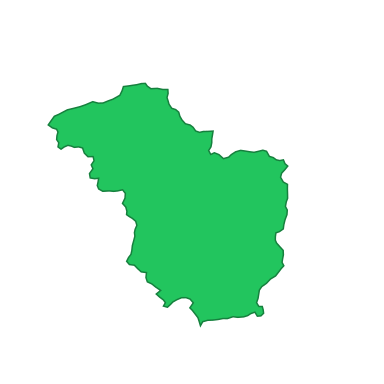 outline of Guarani, Minas Gerais, Brazil, rotated 235°
{"feature_id": "56859067B35228269434270", "entity_name": "Guarani", "entity_type": "district", "adm_level": 2, "iso_a3": "BRA", "parent_name": "Brazil", "parent_adm1": "Minas Gerais", "projection": "robinson", "projection_center": [-43.054, -21.365], "detail": "fine", "context": "isolated", "style": "filled", "palette": "green", "viewbox_px": 384, "rotation_deg": 235, "n_neighbors": 0, "source": "geoboundaries", "source_scale": "gbopen_adm2", "svg_char_len": 2589}
<svg xmlns="http://www.w3.org/2000/svg" viewBox="0 0 384 384"><g transform="rotate(235 192 192)"><path d="M329.4,112.7L324.6,114.4L321.1,117.1L318.0,116.6L315.6,113.7L312.6,111.2L308.8,111.1L305.8,108.1L302.2,109.3L302.2,113.2L301.4,117.1L298.8,119.5L296.1,121.2L294.0,125.0L290.8,127.6L285.6,126.1L280.6,127.0L277.7,131.3L273.8,129.7L272.0,125.0L267.9,124.2L265.9,118.6L261.9,116.7L258.7,119.9L256.8,123.4L254.0,120.7L251.6,118.1L248.0,117.3L243.8,119.3L240.4,124.8L237.5,128.2L235.6,131.6L233.6,136.4L229.1,136.6L225.4,133.6L222.5,128.5L217.6,129.1L213.5,127.6L211.0,125.4L207.7,126.6L204.6,128.0L200.3,129.1L196.3,127.7L194.1,124.1L191.7,121.5L188.6,119.9L185.6,116.4L182.3,112.4L178.5,109.1L175.9,106.2L174.8,102.6L172.7,98.7L168.5,99.1L165.1,102.8L160.1,103.6L155.7,104.6L152.1,108.5L148.3,105.2L144.0,103.9L139.9,106.3L134.5,107.9L129.4,109.9L128.9,104.2L124.5,105.2L119.9,106.7L116.6,106.7L114.9,103.2L111.7,105.8L112.2,109.7L112.9,113.2L112.5,117.7L111.4,122.8L108.8,126.6L105.4,129.0L100.5,129.5L98.3,123.8L94.9,124.4L90.5,124.6L85.7,124.8L81.7,123.6L77.6,122.2L79.6,126.4L77.9,131.3L75.0,135.8L72.5,140.5L70.6,144.8L68.0,148.4L66.3,154.1L63.1,157.6L60.1,162.7L58.8,166.7L58.7,170.3L57.5,174.6L52.8,174.3L51.0,177.4L51.6,181.1L54.6,182.7L57.9,183.9L59.9,181.1L64.3,181.4L67.0,185.1L69.9,187.9L73.0,190.9L74.5,194.9L74.5,200.6L75.7,206.3L75.3,212.3L76.9,217.5L78.1,221.2L78.9,224.9L82.7,225.4L85.4,228.0L88.1,230.8L91.9,233.2L97.3,232.5L101.6,232.0L104.7,232.6L107.5,234.6L110.4,237.3L109.4,240.9L109.4,245.6L112.6,248.5L116.0,252.4L119.0,256.8L122.6,259.7L126.5,260.2L129.9,263.6L132.0,266.7L135.4,269.0L139.8,271.9L143.5,274.6L147.8,272.5L153.3,273.0L156.0,276.2L157.1,281.1L158.3,285.3L161.9,284.4L165.9,285.3L167.4,281.9L170.0,279.5L173.6,278.3L176.8,275.8L182.6,276.4L185.6,274.0L187.0,270.3L188.9,265.6L191.6,262.6L195.2,258.9L198.2,255.7L199.9,250.8L200.1,245.6L199.5,242.0L201.3,236.9L207.2,235.5L211.3,232.8L212.0,228.9L216.4,229.4L218.1,233.4L221.1,236.5L224.2,238.7L226.9,241.4L229.8,244.2L232.5,239.8L235.1,235.9L236.5,232.4L239.9,230.0L244.4,230.0L247.9,228.9L251.7,225.7L256.8,225.1L261.0,225.5L265.0,226.9L268.9,225.9L272.2,223.4L277.1,223.5L280.2,224.6L283.7,225.7L286.4,228.9L289.8,231.0L292.9,226.7L296.8,223.0L300.2,217.6L304.3,216.1L307.7,216.1L309.8,212.8L311.6,208.2L313.5,204.5L315.1,201.2L317.7,196.3L315.1,192.9L312.6,188.4L313.4,180.4L314.8,175.2L315.9,170.2L318.5,166.2L322.9,162.5L324.5,154.9L326.1,149.2L328.4,143.1L330.8,137.0L331.4,132.3L332.0,127.5L333.0,122.7L331.1,117.3L329.4,112.7Z" fill="#22c55e" stroke="#15803d" stroke-width="1.5"/></g></svg>